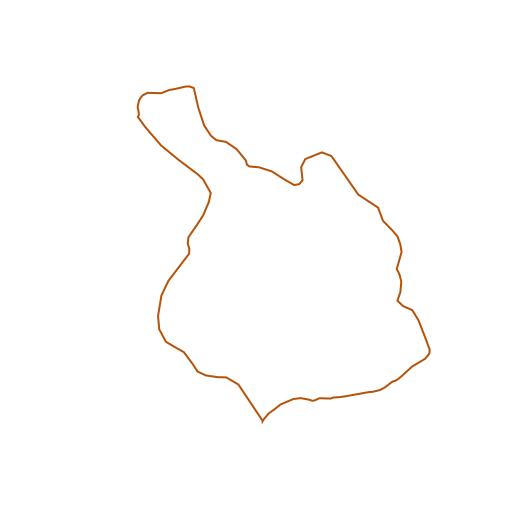 Mayo-Louti, Nord, Cameroon (Mercator projection), rotated 44°
{"feature_id": "32672807B2656917895115", "entity_name": "Mayo-Louti", "entity_type": "district", "adm_level": 2, "iso_a3": "CMR", "parent_name": "Cameroon", "parent_adm1": "Nord", "projection": "mercator", "projection_center": [13.772, 9.925], "detail": "fine", "context": "isolated", "style": "outline", "palette": "amber", "viewbox_px": 512, "rotation_deg": 44, "n_neighbors": 0, "source": "geoboundaries", "source_scale": "gbopen_adm2", "svg_char_len": 1480}
<svg xmlns="http://www.w3.org/2000/svg" viewBox="0 0 512 512"><g transform="rotate(44 256 256)"><path d="M336.7,142.9L322.9,142.5L310.2,136.4L287.1,140.8L240.8,131.7L231.4,135.7L224.1,152.0L226.8,160.8L236.8,169.1L237.2,174.3L234.1,178.5L221.4,181.6L208.8,184.1L196.7,190.0L189.0,196.2L186.0,196.6L182.3,194.3L167.7,192.6L155.1,194.8L147.1,200.2L140.0,200.8L128.0,198.1L111.3,189.3L94.6,178.4L90.7,180.1L90.2,180.3L87.6,183.1L81.5,192.5L78.4,196.6L74.7,204.8L64.7,213.9L62.9,219.0L63.1,222.2L63.8,225.4L67.3,231.0L68.9,232.1L72.3,234.5L73.9,236.1L74.4,238.0L87.0,240.2L110.7,242.4L132.7,240.7L157.4,237.7L164.7,237.6L179.7,242.1L184.6,250.0L189.8,263.6L192.1,275.7L194.4,289.5L198.4,294.6L202.9,297.0L206.3,300.8L210.2,334.5L215.4,350.1L227.1,367.1L237.4,376.0L250.9,380.3L259.2,378.3L271.0,375.3L285.5,377.7L294.3,379.7L302.8,376.8L312.7,369.7L318.9,364.0L320.5,363.6L332.7,360.7L375.4,370.0L375.5,370.1L375.0,367.7L374.5,360.4L375.9,352.7L376.7,346.0L382.2,333.0L386.7,327.3L394.1,322.4L397.0,321.1L398.4,319.3L400.5,314.2L408.7,306.7L409.7,304.4L414.2,299.4L417.2,295.6L428.9,279.4L432.2,274.9L434.0,273.0L438.3,266.3L440.0,260.8L441.4,251.6L442.9,249.0L443.8,245.5L444.3,240.1L444.3,239.7L445.1,227.0L449.1,212.2L448.4,205.7L446.0,202.7L435.0,197.4L417.6,189.4L406.0,186.4L396.5,189.9L388.8,189.9L384.9,181.6L380.3,176.0L378.3,173.5L373.0,170.2L370.2,168.9L366.3,167.6L358.0,152.1L351.6,147.3L344.2,143.6L336.7,142.9Z" fill="none" stroke="#b45309" stroke-width="2"/></g></svg>